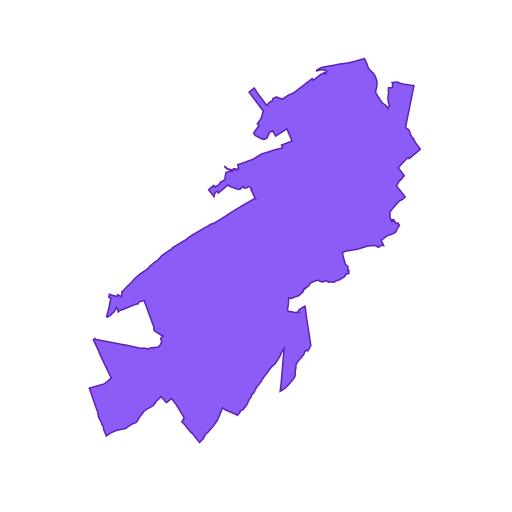 Zapodeni, Vaslui, Romania (Natural Earth projection), rotated 77°
{"feature_id": "2599482B89802278071969", "entity_name": "Zapodeni", "entity_type": "district", "adm_level": 2, "iso_a3": "ROU", "parent_name": "Romania", "parent_adm1": "Vaslui", "projection": "natural_earth1", "projection_center": [27.651, 46.76], "detail": "fine", "context": "isolated", "style": "filled", "palette": "violet", "viewbox_px": 512, "rotation_deg": 77, "n_neighbors": 0, "source": "geoboundaries", "source_scale": "gbopen_adm2", "svg_char_len": 6090}
<svg xmlns="http://www.w3.org/2000/svg" viewBox="0 0 512 512"><g transform="rotate(77 256 256)"><path d="M347.2,448.2L373.3,445.3L376.5,445.7L378.4,445.5L379.3,445.0L382.3,444.5L383.7,443.9L385.2,444.1L386.2,443.9L387.5,443.1L390.3,443.4L391.9,443.3L397.7,442.3L395.7,437.5L394.9,433.4L394.5,429.7L394.8,422.1L392.3,415.8L391.7,413.6L391.2,410.3L390.2,408.9L386.3,405.2L383.6,401.8L382.2,400.3L380.5,396.4L380.0,394.2L378.7,390.2L377.5,388.3L375.0,385.7L371.7,380.1L378.5,376.4L378.6,375.7L376.6,371.9L376.0,370.3L382.8,367.2L397.4,362.4L399.4,364.1L400.6,365.6L404.2,363.5L413.7,358.9L413.5,358.4L425.0,353.0L422.1,348.3L419.3,346.1L417.8,344.5L417.3,343.1L411.7,335.4L407.3,330.4L396.4,322.7L398.9,320.7L406.3,310.6L407.1,309.9L406.0,309.0L405.6,307.7L404.9,306.9L404.2,306.8L403.3,306.1L403.5,305.6L403.1,305.1L402.5,302.5L401.4,302.0L400.9,300.6L400.1,300.2L399.6,298.9L399.3,298.6L398.5,298.2L393.4,294.1L393.1,293.4L392.0,292.3L391.4,292.1L389.6,290.8L389.7,290.3L389.1,289.4L387.4,287.6L386.7,287.4L382.4,283.2L382.0,282.0L380.9,281.3L379.7,279.4L377.5,277.8L376.6,276.3L375.2,275.1L373.1,272.3L369.1,267.8L367.0,264.9L365.8,262.3L364.1,260.3L359.0,255.2L355.5,252.7L352.5,249.5L386.1,260.3L393.3,262.9L391.7,258.2L391.0,256.8L387.6,251.6L382.6,245.3L381.5,245.4L380.6,244.4L377.3,243.8L373.9,242.3L371.0,241.5L368.6,239.4L362.6,231.5L360.5,230.3L359.4,229.1L359.1,228.2L360.1,227.4L360.0,226.8L357.8,224.5L355.5,222.7L327.4,220.6L316.3,219.5L315.8,219.8L318.2,226.5L320.8,227.4L319.9,228.5L319.9,230.6L319.2,232.4L318.5,233.2L318.1,235.2L316.8,237.2L316.1,237.4L314.6,237.1L311.1,235.6L304.2,233.5L305.1,231.9L305.3,230.7L304.5,226.6L304.6,225.3L304.3,223.6L303.7,222.2L301.3,218.0L298.3,216.2L299.0,215.9L298.6,214.6L297.7,213.4L296.8,211.1L295.9,210.7L294.7,208.9L294.2,207.5L294.1,205.8L293.5,204.4L293.8,203.2L293.3,202.5L293.5,201.4L294.1,200.1L294.9,199.5L296.2,197.3L296.3,196.4L295.9,194.7L295.9,193.1L297.6,191.5L297.9,190.8L297.8,190.1L298.3,188.9L298.3,187.6L299.2,186.4L299.0,185.5L298.3,183.7L297.9,179.4L297.0,177.5L296.5,175.3L295.4,173.5L294.7,173.4L294.1,172.7L294.3,172.5L293.8,171.1L294.0,170.1L293.6,169.2L292.7,169.7L291.9,169.7L291.6,168.8L290.6,168.8L290.4,169.6L290.2,169.7L287.4,168.8L287.0,168.8L284.6,170.5L283.6,170.7L278.0,171.1L272.3,171.1L271.5,167.9L271.5,166.9L272.2,156.1L271.5,145.5L271.7,142.8L272.4,138.3L273.4,136.4L274.9,135.2L274.9,134.4L273.9,131.9L274.1,130.4L274.6,129.3L268.6,130.4L267.6,127.6L265.9,124.1L265.6,122.7L265.5,119.8L265.0,117.2L264.4,114.9L263.4,113.8L261.1,112.2L258.4,109.3L255.8,110.3L256.0,111.8L252.8,113.4L251.4,113.7L251.6,115.4L253.0,115.1L253.2,115.7L248.1,116.8L245.2,115.9L243.7,116.1L241.2,113.2L235.0,104.6L234.5,103.5L233.7,100.1L232.0,97.3L219.1,103.5L217.2,101.3L215.4,99.8L214.4,98.0L214.4,97.6L212.9,96.0L212.8,95.5L211.8,94.8L211.3,93.5L208.6,94.5L202.0,97.6L197.2,90.6L194.6,86.3L194.2,85.5L195.6,84.9L189.5,72.8L188.8,71.9L182.1,74.8L180.0,75.6L177.2,76.0L175.6,77.2L171.8,78.3L169.8,78.2L167.9,78.6L166.8,79.2L165.5,80.5L164.2,81.3L125.5,63.8L124.7,66.3L123.0,70.2L121.7,73.7L119.8,77.3L118.2,79.2L117.6,84.3L118.5,83.9L119.1,84.3L121.8,85.0L122.7,85.4L122.8,85.8L121.8,88.9L123.8,89.7L126.8,90.0L128.9,91.0L132.2,92.0L136.1,92.5L139.5,92.0L140.8,93.8L142.0,94.4L139.1,95.2L135.1,98.6L124.2,102.6L123.1,102.6L117.7,100.1L115.6,99.5L113.4,98.9L111.9,98.9L108.2,99.3L105.0,100.2L100.2,103.3L97.7,104.3L93.5,104.7L88.0,105.9L88.6,116.1L88.6,123.2L87.7,132.1L87.7,135.5L87.0,148.6L87.3,150.8L88.0,153.3L88.8,155.2L89.3,155.3L89.2,150.8L90.1,147.6L91.5,146.1L92.5,145.5L92.7,146.1L93.8,146.9L94.7,147.1L94.7,147.3L92.7,148.0L93.5,151.5L97.6,160.8L95.8,161.3L105.5,182.5L106.6,188.4L109.0,194.9L106.1,199.8L105.6,200.1L106.3,204.0L106.8,204.5L108.9,205.5L108.8,206.5L109.1,208.1L111.5,211.6L110.8,212.1L96.9,218.2L91.9,219.9L94.8,225.9L116.2,216.4L121.7,219.1L123.8,220.8L127.5,225.0L129.7,223.9L134.5,229.4L135.9,230.7L138.4,229.6L142.9,224.5L144.0,222.4L144.2,221.4L143.6,218.9L143.3,218.5L139.4,215.6L137.9,213.8L137.9,213.2L138.4,212.6L138.0,211.5L143.6,209.9L140.2,200.3L138.9,197.4L152.0,195.0L153.7,206.3L155.6,205.7L156.6,205.9L156.8,214.6L157.1,217.1L157.8,227.7L161.1,237.3L162.5,248.6L162.8,253.3L166.9,253.3L166.9,254.5L167.7,254.8L167.5,256.4L166.4,256.4L165.9,258.1L166.0,258.5L167.1,258.7L166.5,260.7L164.4,264.4L161.7,266.1L162.0,266.4L164.4,264.9L167.4,259.7L167.8,259.7L168.3,260.1L167.5,263.1L167.8,265.8L168.2,266.7L172.5,268.5L173.9,268.5L175.4,271.1L176.0,274.1L176.8,274.5L178.8,277.3L179.0,278.1L178.8,278.9L179.8,280.5L177.7,281.3L179.6,285.2L181.0,287.3L187.6,283.9L188.7,283.6L185.4,281.9L184.6,280.2L184.3,279.0L186.2,278.5L180.4,267.2L181.6,266.7L181.9,266.0L183.4,264.3L184.1,262.9L185.5,261.2L187.2,257.7L187.4,256.5L187.0,255.7L186.3,255.2L185.3,253.3L187.1,252.5L187.6,250.1L187.3,248.9L186.6,248.0L186.7,247.4L187.8,246.0L188.6,245.4L190.0,245.3L190.1,245.9L200.2,243.7L199.8,244.7L203.2,256.1L207.6,269.3L211.7,280.6L214.8,290.2L214.6,290.7L215.0,293.5L215.9,295.5L217.1,300.1L221.0,312.5L222.5,316.8L224.4,320.7L225.3,323.9L227.0,328.5L227.0,329.2L228.3,332.6L228.6,334.0L229.4,335.8L230.6,337.3L231.0,339.0L234.1,346.9L235.4,349.3L236.1,349.7L237.3,351.8L238.4,353.3L238.9,355.5L242.2,362.0L242.9,362.4L244.8,366.1L247.6,373.5L251.1,379.8L254.2,383.9L256.9,388.8L259.5,392.4L260.6,394.7L265.4,396.1L262.6,399.5L264.2,400.3L262.0,404.8L260.3,407.4L263.1,408.8L264.3,406.9L274.0,411.2L281.4,415.2L282.1,414.4L281.3,411.8L280.4,410.2L278.3,406.6L274.7,403.5L276.7,402.9L279.6,402.8L278.5,401.3L278.1,399.5L278.4,399.3L278.2,397.7L275.9,383.8L276.2,381.7L275.2,381.1L274.6,380.3L274.3,379.2L274.2,376.9L274.4,375.0L302.5,371.5L304.6,372.1L306.4,371.6L311.6,366.4L313.0,364.4L314.7,367.4L318.1,367.3L318.9,367.6L321.3,369.5L322.9,372.0L322.1,377.0L322.2,378.0L321.6,379.3L322.4,381.2L322.4,381.8L320.9,384.8L319.9,389.4L313.9,401.9L311.9,406.8L301.3,430.7L301.0,431.2L300.2,431.4L300.6,432.6L301.0,433.3L312.4,430.8L317.8,430.0L340.6,424.9L342.2,424.3L346.3,432.1L346.6,433.5L346.6,436.2L346.8,437.5L347.2,448.2Z" fill="#8b5cf6" stroke="#5b21b6" stroke-width="1.5"/></g></svg>